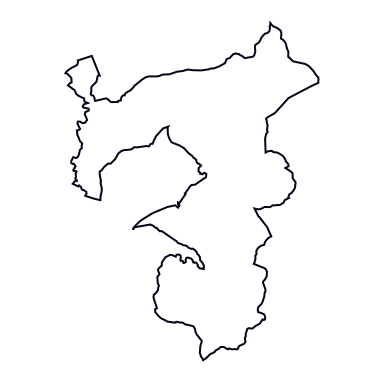 Xochiltepec, Puebla, Mexico (Albers equal-area conic projection)
{"feature_id": "50627088B32786455313367", "entity_name": "Xochiltepec", "entity_type": "district", "adm_level": 2, "iso_a3": "MEX", "parent_name": "Mexico", "parent_adm1": "Puebla", "projection": "albers", "projection_center": [-98.341, 18.653], "detail": "fine", "context": "isolated", "style": "outline", "palette": "ink", "viewbox_px": 384, "rotation_deg": 0, "n_neighbors": 0, "source": "geoboundaries", "source_scale": "gbopen_adm2", "svg_char_len": 5916}
<svg xmlns="http://www.w3.org/2000/svg" viewBox="0 0 384 384"><path d="M288.9,198.0L288.2,197.6L289.1,194.7L289.5,194.2L291.5,193.0L294.1,189.7L295.0,187.3L295.6,182.8L295.2,181.6L292.7,178.3L292.6,173.8L292.1,172.6L288.9,170.2L285.4,168.0L288.6,166.2L288.4,164.5L287.8,163.5L285.8,161.4L285.6,160.2L284.0,157.3L282.2,155.4L278.3,153.0L276.8,152.5L273.4,152.1L272.1,151.0L270.3,150.9L267.6,151.5L265.6,152.5L265.1,138.5L266.1,134.1L267.6,132.1L267.6,131.4L267.0,130.3L267.5,125.7L267.8,126.0L266.9,123.1L266.6,120.5L266.0,118.7L267.8,117.1L274.2,113.5L275.5,112.4L288.6,98.0L311.5,86.0L318.3,82.9L318.5,78.2L318.2,77.3L316.3,75.4L313.4,71.0L309.0,66.2L305.4,64.0L293.4,61.4L291.0,59.4L289.5,57.6L288.6,57.4L288.2,56.3L288.4,51.6L287.2,49.2L285.6,43.0L283.3,40.0L280.9,38.5L281.4,33.3L280.8,31.2L280.1,30.2L277.2,28.0L272.8,26.1L270.3,23.0L270.1,25.4L269.6,26.4L270.0,28.2L269.4,31.2L267.3,33.1L265.2,33.5L263.1,35.5L261.6,37.4L260.2,40.4L258.8,42.6L255.6,44.7L254.9,45.9L255.3,51.8L254.2,55.3L253.5,56.3L252.4,56.8L244.7,58.1L242.2,56.0L240.2,55.2L239.2,54.2L235.6,53.5L233.1,54.3L229.7,58.0L226.7,59.0L225.0,63.2L219.1,66.4L213.8,68.4L210.9,68.5L208.3,69.4L201.4,70.4L193.0,70.2L187.7,69.5L182.8,71.0L177.1,71.7L169.3,74.3L162.6,74.6L159.0,76.1L157.0,76.4L149.3,76.4L146.0,77.1L142.3,79.4L134.3,85.9L133.6,87.3L131.9,88.7L130.9,90.0L126.3,92.7L125.0,93.9L124.7,95.3L123.2,95.3L122.6,95.8L121.5,97.1L120.7,100.6L119.4,100.5L118.8,101.0L118.1,101.0L117.8,102.0L110.9,102.1L108.7,100.0L106.8,98.6L105.8,98.4L95.3,100.9L94.9,100.7L94.5,98.2L93.9,96.5L93.1,95.5L91.7,95.3L90.9,94.5L90.7,93.2L91.3,92.2L91.3,87.5L92.3,85.9L96.5,81.7L97.5,76.5L97.9,75.7L99.7,75.7L91.8,55.9L77.8,60.5L78.1,61.9L77.3,64.7L76.6,65.3L70.8,68.3L66.5,71.5L65.5,73.2L67.1,73.6L70.2,76.6L71.4,78.2L71.6,82.5L70.1,83.0L68.0,85.4L74.6,90.2L76.3,94.0L77.9,95.4L81.9,97.5L83.9,98.1L84.2,99.0L84.1,100.2L84.7,101.7L87.8,103.0L84.2,104.2L82.7,106.2L83.2,107.4L84.6,107.9L88.6,108.6L88.9,110.4L85.3,112.2L84.8,114.2L87.1,119.9L85.0,122.8L82.3,123.0L79.8,121.5L78.0,121.6L77.4,123.1L78.1,125.1L80.1,129.0L79.1,129.9L76.9,130.4L77.4,135.1L78.7,137.7L79.8,140.8L82.3,143.7L81.6,145.7L81.8,148.1L80.0,149.9L78.7,155.1L78.0,156.6L76.7,157.8L75.0,157.8L73.3,157.1L71.2,161.1L71.3,163.1L72.5,163.9L73.8,163.7L75.6,166.4L74.6,167.3L74.7,168.0L73.3,169.8L73.6,170.9L76.4,171.3L76.6,171.6L75.6,173.5L76.0,177.2L75.3,178.2L75.8,179.4L76.7,180.1L77.0,180.9L76.9,181.1L75.5,180.6L72.7,183.8L78.3,186.5L79.0,185.4L81.1,187.2L81.7,189.2L82.3,189.8L83.7,190.1L86.3,191.8L86.5,193.6L85.2,195.8L93.8,198.6L100.4,200.2L100.5,196.7L101.7,191.0L101.8,188.3L100.7,183.4L100.6,182.1L101.0,181.6L99.7,174.5L99.7,171.5L101.2,170.6L104.4,166.7L108.0,163.6L110.3,163.7L110.9,163.4L115.3,159.0L118.3,153.5L120.7,151.5L123.8,150.1L129.5,149.7L131.9,149.1L134.1,147.2L137.0,147.4L146.5,146.0L148.7,146.4L149.5,145.9L150.1,144.5L151.0,143.8L152.6,143.8L154.4,139.2L155.2,138.4L155.5,137.5L155.5,136.8L163.1,128.4L168.2,126.6L167.6,127.7L167.9,134.1L169.0,137.9L171.2,141.9L172.2,142.6L179.4,145.4L183.8,148.0L188.7,153.3L191.6,155.4L193.5,157.7L194.1,157.9L195.7,159.4L196.2,159.9L196.7,162.3L197.5,163.3L198.7,163.6L201.1,165.5L198.6,168.2L198.6,171.6L200.9,173.3L200.5,173.9L202.5,174.3L204.3,172.8L206.3,173.8L206.1,176.7L205.2,177.9L203.1,179.0L195.1,184.7L191.7,185.0L190.5,185.8L185.8,192.4L184.9,193.2L185.7,193.9L179.2,203.3L178.0,202.5L178.0,204.4L179.5,205.4L178.0,207.7L175.3,205.3L167.7,206.9L152.7,213.1L142.5,219.4L139.5,221.6L133.6,227.6L133.1,228.7L133.2,229.8L134.3,227.3L150.4,224.5L151.1,225.1L152.6,225.4L153.4,226.0L155.8,227.9L156.9,228.0L157.6,229.2L160.0,231.3L161.4,231.0L162.3,231.5L176.7,241.4L177.8,242.9L182.2,244.4L183.1,245.2L186.4,245.7L188.7,247.8L191.3,248.9L192.5,248.6L194.7,249.9L196.7,252.2L197.2,253.8L198.4,254.9L199.9,257.0L200.2,260.3L202.2,262.4L204.0,265.8L203.9,267.6L203.0,268.1L203.4,268.9L199.8,268.4L197.6,266.1L197.8,264.7L196.0,262.5L195.2,262.7L194.3,262.3L194.0,262.7L193.3,262.4L192.9,261.9L192.6,260.1L191.1,258.6L188.3,257.6L186.6,257.8L186.2,258.2L185.6,259.8L185.9,261.8L184.8,262.8L183.4,262.9L182.8,261.1L181.9,260.7L180.7,260.9L180.4,260.6L180.5,258.4L180.9,257.7L180.6,255.8L180.5,255.5L179.2,254.7L178.2,254.5L176.5,254.8L175.7,256.7L172.2,255.1L170.0,254.9L165.2,257.4L161.8,262.7L161.7,265.8L159.3,267.7L158.1,269.4L158.0,270.4L159.5,274.1L157.3,277.1L157.7,282.0L158.2,284.1L158.9,285.5L158.3,287.4L157.9,290.2L156.2,292.8L153.8,294.8L153.5,297.7L156.9,308.2L155.2,309.1L155.2,312.0L158.7,316.2L161.2,318.4L164.7,320.0L167.4,321.6L175.0,322.7L175.5,322.6L175.5,322.1L176.3,321.8L178.2,322.0L180.4,322.7L182.3,322.4L185.6,324.6L186.8,324.6L192.8,326.1L193.6,326.6L195.0,329.0L195.5,332.0L196.7,334.4L201.9,341.1L200.4,345.7L199.8,352.9L201.3,357.1L202.2,358.0L202.8,359.3L203.1,361.0L203.3,360.0L206.2,358.2L210.1,354.2L213.9,352.5L215.0,351.5L215.4,350.7L219.4,348.3L220.5,347.1L222.5,346.9L224.4,347.2L226.0,348.5L228.1,349.3L228.7,348.6L229.2,348.5L231.8,349.3L234.9,349.1L237.3,349.4L238.3,348.1L238.3,347.2L239.5,345.8L244.1,343.8L245.6,341.6L245.1,340.4L244.9,337.8L245.6,336.7L245.9,335.5L245.6,334.5L247.3,328.9L248.6,328.2L251.6,328.6L252.6,328.4L255.9,325.7L259.3,324.0L260.2,323.1L262.6,319.4L263.7,320.0L264.6,319.7L265.1,319.2L265.1,316.4L263.9,314.2L260.5,312.7L258.3,312.3L257.7,310.0L258.2,307.2L261.4,304.0L262.3,302.5L264.3,296.6L264.5,293.4L265.3,291.7L265.5,290.3L265.2,288.7L263.0,282.7L263.1,281.7L265.2,279.1L266.7,276.2L267.0,271.8L265.9,269.4L264.6,268.2L253.8,263.9L254.7,261.9L255.4,259.2L255.4,255.4L256.5,254.2L256.3,251.6L256.5,250.6L257.7,248.4L260.8,245.8L264.2,244.9L264.9,242.4L266.2,240.2L268.6,237.8L271.3,236.4L267.0,226.9L259.6,217.3L258.4,216.3L254.5,208.5L258.2,209.4L260.7,208.9L264.6,207.0L270.1,207.1L272.8,205.3L275.0,205.4L277.4,204.9L278.4,205.2L279.7,205.0L280.6,204.7L282.1,203.4L283.5,202.8L284.7,200.1L288.9,198.0Z" fill="none" stroke="#020617" stroke-width="2"/></svg>